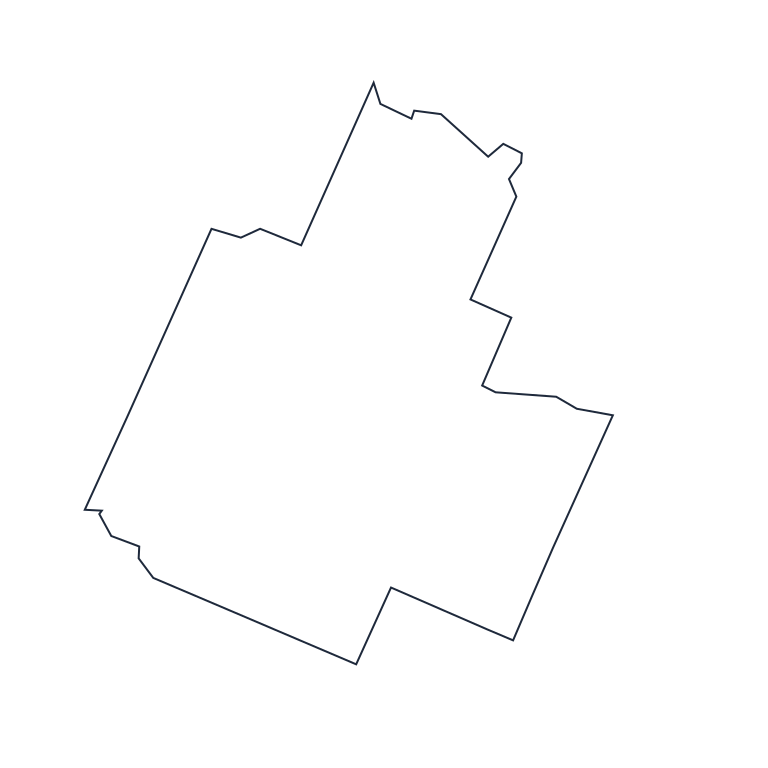 outline of Bienville, Louisiana, United States of America, rotated 114°
{"feature_id": "52423323B2528057898342", "entity_name": "Bienville", "entity_type": "district", "adm_level": 2, "iso_a3": "USA", "parent_name": "United States of America", "parent_adm1": "Louisiana", "projection": "natural_earth1", "projection_center": [-93.107, 32.366], "detail": "fine", "context": "isolated", "style": "outline", "palette": "slate", "viewbox_px": 768, "rotation_deg": 114, "n_neighbors": 0, "source": "geoboundaries", "source_scale": "gbopen_adm2", "svg_char_len": 622}
<svg xmlns="http://www.w3.org/2000/svg" viewBox="0 0 768 768"><g transform="rotate(114 384 384)"><path d="M651.4,295.4L567.1,294.8L566.2,189.8L565.7,161.8L517.9,162.5L464.9,163.0L319.5,162.2L328.2,197.8L325.6,221.5L346.2,278.7L345.5,293.7L271.6,294.7L271.6,339.4L159.0,339.3L145.9,353.2L126.2,348.7L117.2,351.9L116.1,372.7L134.0,381.3L114.3,441.7L122.0,467.6L130.5,466.8L129.6,501.2L113.0,516.0L291.0,516.1L292.6,560.3L308.5,574.3L312.4,604.7L517.7,605.2L620.6,606.2L614.5,590.3L618.6,591.2L633.8,571.3L632.0,541.5L643.1,537.2L655.0,515.9L653.6,432.9L651.4,295.4Z" fill="none" stroke="#1e293b" stroke-width="2"/></g></svg>